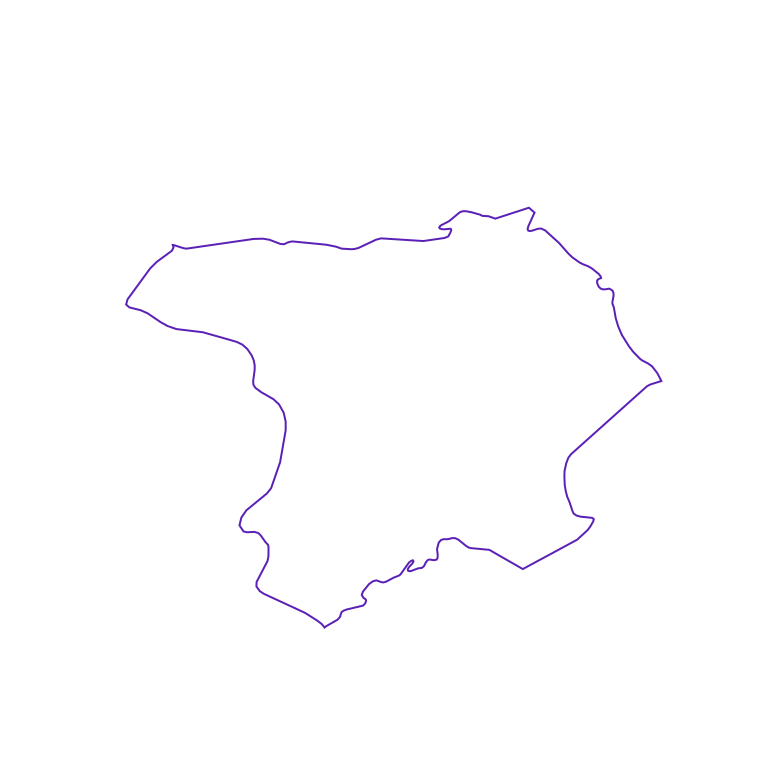 the County of Värmland, rotated 317°
{"feature_id": "SWE-188", "entity_name": "Värmland", "entity_type": "County", "adm_level": 1, "iso_a3": "SWE", "parent_name": "Sweden", "parent_adm1": "", "projection": "natural_earth1", "projection_center": [13.103, 59.9], "detail": "fine", "context": "isolated", "style": "outline", "palette": "violet", "viewbox_px": 768, "rotation_deg": 317, "n_neighbors": 0, "source": "natural_earth", "source_scale": "10m", "svg_char_len": 2974}
<svg xmlns="http://www.w3.org/2000/svg" viewBox="0 0 768 768"><g transform="rotate(317 384 384)"><path d="M319.7,141.9L323.2,140.6L324.3,138.3L324.9,138.9L329.6,147.3L331.7,150.2L387.6,189.0L394.7,195.3L398.6,200.4L403.6,210.6L405.0,212.4L406.6,213.8L409.4,214.6L411.7,215.6L414.3,217.3L436.8,242.8L442.6,250.9L445.2,255.9L445.5,256.3L452.1,263.2L454.4,265.1L458.1,267.1L476.5,273.0L481.2,275.5L510.3,306.3L527.9,318.5L531.6,319.9L535.0,318.8L537.8,317.6L538.6,316.6L538.5,315.8L533.6,312.0L531.8,310.1L530.9,308.3L531.1,307.2L532.5,306.8L534.1,306.9L542.7,309.3L556.6,310.1L559.2,311.2L561.6,313.3L565.1,318.0L569.7,325.6L570.6,328.1L574.8,332.5L578.2,339.0L610.2,353.9L611.0,361.3L597.0,367.1L594.6,368.7L594.1,370.3L595.0,371.6L596.9,372.9L602.2,375.3L604.9,377.4L606.6,381.5L608.2,400.4L607.8,414.4L608.1,419.7L609.8,428.2L611.1,431.9L613.4,436.7L614.8,441.0L616.1,450.1L615.8,453.3L615.0,454.6L613.1,453.8L611.7,453.4L610.0,454.0L608.6,455.8L607.4,459.2L607.5,461.9L608.6,464.0L610.4,465.7L613.5,467.7L614.0,468.3L614.8,471.7L613.9,473.9L612.2,475.9L606.6,480.1L605.6,481.5L605.1,482.9L604.1,485.1L598.3,494.0L594.5,501.8L591.4,510.4L588.9,523.2L588.2,530.3L588.4,540.1L588.9,542.9L591.2,549.4L592.1,553.9L591.3,562.4L588.9,571.0L578.9,566.2L576.5,565.4L574.6,565.0L473.2,562.9L468.7,563.6L463.3,566.2L456.8,570.7L452.9,574.6L447.1,581.4L443.7,586.6L441.2,591.2L439.1,597.0L435.3,605.2L434.3,608.1L435.1,611.5L437.3,615.1L444.9,623.8L445.3,625.9L443.5,627.1L438.5,628.7L433.6,629.7L419.1,629.6L359.3,614.0L347.9,577.1L335.8,563.5L334.4,561.4L333.6,558.4L332.2,548.5L330.9,545.3L328.8,543.2L325.6,541.5L323.6,540.0L321.9,538.2L319.4,537.0L315.9,537.3L310.2,540.9L306.8,545.6L304.4,547.8L302.6,548.3L300.2,546.8L297.8,543.6L296.5,542.8L295.2,542.6L292.7,543.1L289.0,544.5L287.8,544.5L286.0,544.2L284.4,542.9L282.8,541.9L275.9,539.1L274.7,537.9L274.3,536.7L275.2,535.6L277.2,535.0L283.1,534.5L284.7,533.7L284.9,532.7L283.4,531.9L280.5,531.6L266.2,534.5L264.2,534.3L259.0,532.2L250.7,530.0L248.2,528.7L246.8,526.9L244.5,522.4L241.3,520.7L236.6,520.1L226.9,521.5L223.8,523.2L223.1,526.6L223.7,528.5L223.5,529.7L222.8,530.5L220.9,531.5L219.4,531.8L217.4,531.7L202.8,523.4L199.8,522.2L197.4,521.9L195.0,523.1L193.4,524.2L190.9,524.6L188.9,524.6L177.0,521.8L174.5,521.5L174.6,521.3L174.7,516.7L173.9,511.9L170.2,497.6L153.0,455.4L151.9,450.8L152.6,445.1L155.8,441.9L178.1,434.0L182.1,431.1L188.6,424.2L189.5,422.4L189.5,418.6L190.6,410.5L190.4,407.3L188.4,403.8L187.4,403.0L182.7,399.0L180.7,396.0L181.9,388.8L186.0,386.1L188.6,384.4L197.2,382.5L223.6,384.2L230.4,383.2L254.6,370.4L280.4,350.9L286.4,344.5L291.0,336.7L293.3,327.4L292.8,319.8L288.6,306.2L287.3,299.0L288.0,295.5L290.2,292.7L299.0,285.5L302.2,282.1L304.8,278.0L306.7,272.9L307.9,265.3L307.3,258.7L305.0,252.7L286.8,222.6L269.6,202.2L265.2,193.9L262.8,186.4L259.3,171.0L256.3,164.0L250.0,154.3L249.6,150.0L254.1,147.2L291.8,140.0L301.3,139.7L319.7,141.9Z" fill="none" stroke="#5b21b6" stroke-width="2"/></g></svg>